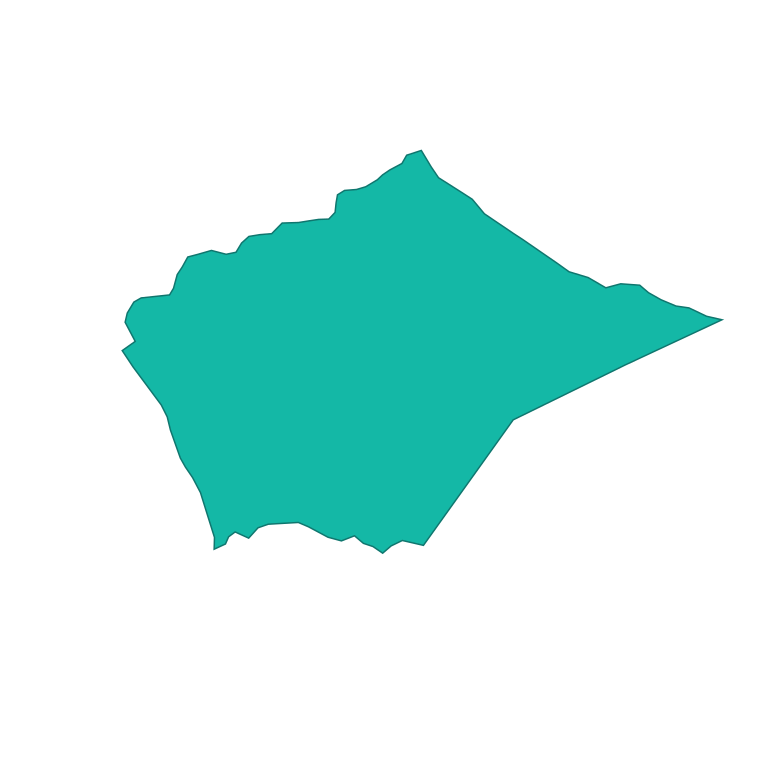 Itajá, Rio Grande do Norte, Brazil, rotated 121°
{"feature_id": "56859067B91180635159801", "entity_name": "Itajá", "entity_type": "district", "adm_level": 2, "iso_a3": "BRA", "parent_name": "Brazil", "parent_adm1": "Rio Grande do Norte", "projection": "equal_earth", "projection_center": [-36.809, -5.683], "detail": "fine", "context": "isolated", "style": "filled", "palette": "teal", "viewbox_px": 768, "rotation_deg": 121, "n_neighbors": 0, "source": "geoboundaries", "source_scale": "gbopen_adm2", "svg_char_len": 1215}
<svg xmlns="http://www.w3.org/2000/svg" viewBox="0 0 768 768"><g transform="rotate(121 384 384)"><path d="M164.6,472.3L176.2,482.4L185.7,482.2L197.6,489.3L205.4,492.9L212.4,494.9L224.4,501.3L231.4,507.7L238.4,517.5L245.8,521.3L253.3,518.4L262.1,514.3L271.1,516.3L276.6,524.8L283.2,532.8L289.6,540.4L298.5,554.2L313.0,557.7L319.9,567.3L327.1,575.8L336.6,578.7L347.3,578.7L354.1,586.1L358.4,600.7L368.6,610.2L376.2,617.6L387.8,617.2L396.7,617.6L410.4,613.7L418.1,613.7L435.3,636.5L442.6,640.6L455.4,640.6L464.4,637.7L475.6,619.2L490.2,625.6L498.7,607.7L516.7,564.1L523.8,552.9L533.5,543.3L552.4,520.4L557.5,511.4L562.8,499.9L571.6,485.4L587.2,467.9L602.8,450.3L613.1,444.5L602.8,437.5L595.0,438.5L587.5,435.4L585.8,420.6L572.1,417.9L563.8,411.0L556.0,399.6L546.8,386.1L545.3,375.1L544.2,353.1L540.4,339.7L529.3,331.1L531.2,319.6L529.0,309.7L529.7,298.0L519.1,294.5L508.7,287.7L502.0,267.1L348.2,254.8L243.2,186.9L154.9,127.4L159.8,142.4L161.7,161.8L166.8,173.9L169.1,189.9L169.5,204.3L167.6,215.7L176.2,232.7L187.3,243.4L187.6,263.8L192.5,283.2L191.3,298.0L188.7,339.7L188.3,350.5L186.4,385.6L180.2,403.5L179.8,415.5L179.1,443.5L173.6,455.4L164.6,472.3Z" fill="#14b8a6" stroke="#0f766e" stroke-width="1.5"/></g></svg>